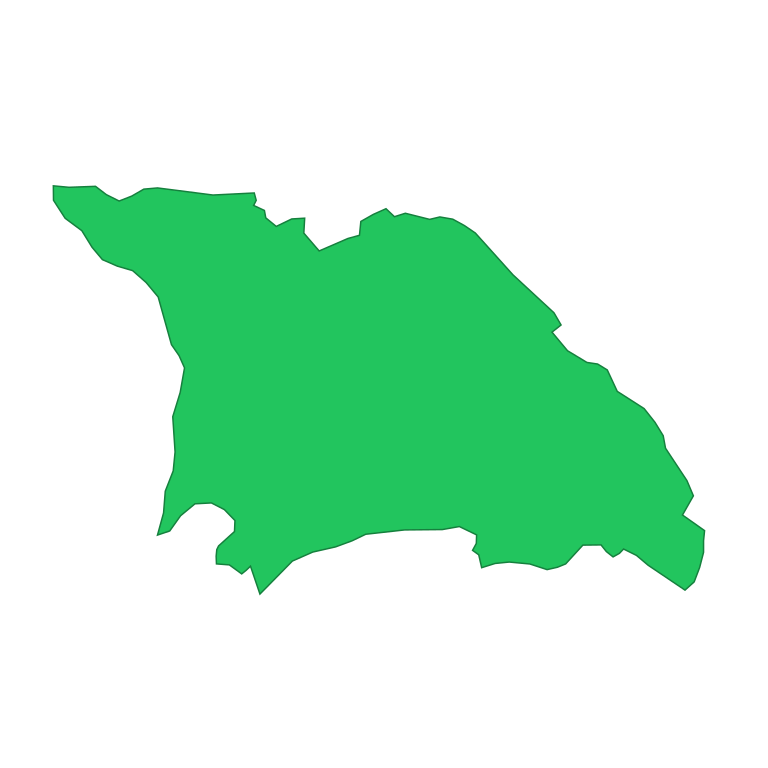 Ratnapura, Robinson projection, rotated 165°
{"feature_id": "LKA-2463", "entity_name": "Ratnapura", "entity_type": "District", "adm_level": 1, "iso_a3": "LKA", "parent_name": "Sri Lanka", "parent_adm1": "", "projection": "robinson", "projection_center": [80.592, 6.578], "detail": "fine", "context": "isolated", "style": "filled", "palette": "green", "viewbox_px": 768, "rotation_deg": 165, "n_neighbors": 0, "source": "natural_earth", "source_scale": "10m", "svg_char_len": 1563}
<svg xmlns="http://www.w3.org/2000/svg" viewBox="0 0 768 768"><g transform="rotate(165 384 384)"><path d="M641.9,296.7L630.3,316.5L623.0,337.1L610.1,354.6L603.4,372.4L596.5,407.1L583.1,428.5L572.5,451.2L574.6,464.4L579.1,477.0L579.6,526.5L587.5,543.6L597.5,558.6L611.0,566.8L623.8,577.0L630.6,591.6L636.2,610.3L649.1,626.6L655.7,647.0L652.1,661.0L637.3,655.5L611.5,649.6L603.2,638.8L592.5,629.3L579.0,630.8L565.6,634.4L552.0,632.0L500.3,610.8L459.9,602.1L459.9,594.5L463.7,590.2L454.6,582.6L455.2,575.1L447.3,564.1L430.4,567.3L417.7,564.7L422.4,550.5L412.2,529.3L381.2,533.9L369.2,534.0L364.3,547.0L350.4,550.6L336.7,552.8L330.6,542.9L319.2,543.4L297.3,531.2L286.8,530.9L274.9,525.4L265.3,516.2L256.7,506.2L231.2,456.1L201.4,408.8L197.7,395.2L208.3,390.6L198.1,368.6L182.4,352.3L172.5,348.0L164.7,339.8L160.6,316.5L139.1,292.9L132.2,276.9L127.7,261.8L128.7,249.1L116.4,212.3L114.1,195.9L129.6,180.2L112.3,159.4L115.9,149.9L118.9,138.7L126.6,125.1L135.6,112.6L146.6,107.0L175.8,140.6L184.5,153.1L195.3,162.6L200.4,159.5L207.5,157.7L212.6,164.6L216.0,172.4L233.6,176.9L255.1,163.2L263.9,162.1L274.5,162.5L289.7,172.4L309.1,179.6L323.1,181.9L337.2,181.3L336.7,194.5L341.5,200.4L336.1,206.1L333.6,214.3L348.1,226.8L365.3,228.3L401.8,237.7L440.5,243.6L455.4,240.8L472.9,239.2L496.3,240.1L518.3,236.7L558.2,213.2L560.1,242.6L565.4,239.7L570.6,237.4L580.2,249.3L592.4,253.6L590.7,261.1L588.4,267.3L585.7,270.4L566.6,280.2L563.3,290.7L570.7,304.0L581.5,313.8L597.6,317.2L614.6,309.4L629.0,297.5L641.9,296.7Z" fill="#22c55e" stroke="#15803d" stroke-width="1.5"/></g></svg>